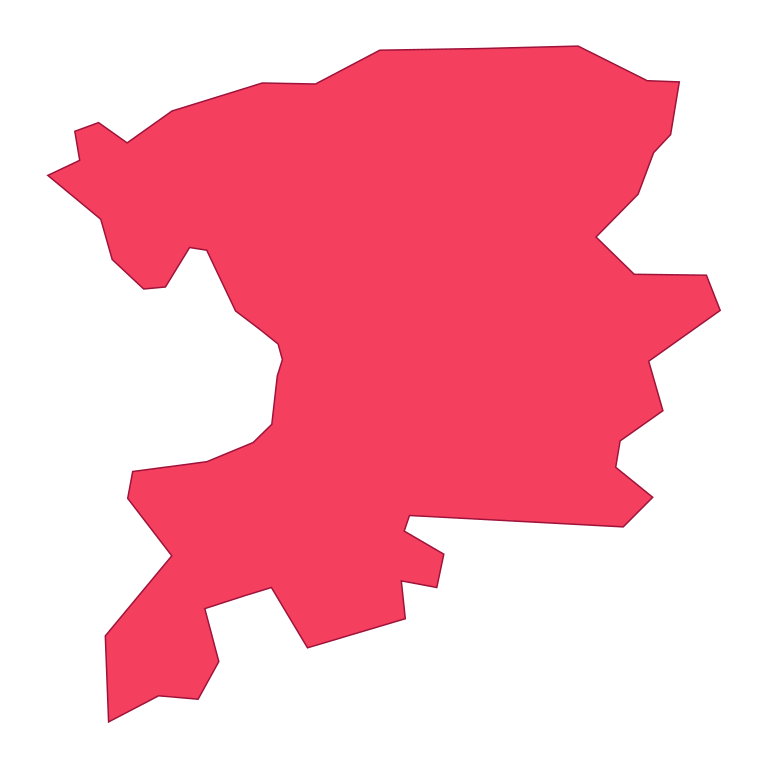 Andijan, Andijon, Uzbekistan
{"feature_id": "79887680B74226906580742", "entity_name": "Andijan", "entity_type": "district", "adm_level": 2, "iso_a3": "UZB", "parent_name": "Uzbekistan", "parent_adm1": "Andijon", "projection": "robinson", "projection_center": [72.393, 40.799], "detail": "fine", "context": "isolated", "style": "filled", "palette": "rose", "viewbox_px": 768, "rotation_deg": 0, "n_neighbors": 0, "source": "geoboundaries", "source_scale": "gbopen_adm2", "svg_char_len": 828}
<svg xmlns="http://www.w3.org/2000/svg" viewBox="0 0 768 768"><path d="M679.3,81.9L647.2,80.7L578.1,46.1L482.7,48.5L379.7,50.2L315.5,84.0L262.3,83.0L172.0,111.0L127.1,142.9L98.5,122.6L74.8,131.3L79.7,160.3L47.8,175.4L100.8,219.3L112.2,259.5L143.7,289.0L165.4,287.0L189.6,247.5L206.7,250.2L235.6,311.0L260.0,329.5L278.1,344.0L282.4,359.7L277.3,375.9L271.8,424.3L253.2,442.5L206.8,461.7L132.7,471.5L127.7,498.4L171.8,555.8L105.3,635.9L108.6,721.9L158.6,695.8L198.1,699.2L218.8,661.6L204.8,608.6L244.0,595.9L271.4,587.5L307.5,647.8L405.3,618.7L401.3,580.9L436.8,587.5L443.8,554.2L404.2,531.1L409.5,515.5L623.2,526.9L652.7,497.3L615.7,467.3L620.1,440.9L662.9,410.7L648.7,361.2L720.2,310.4L706.4,275.2L634.2,274.3L596.0,237.0L638.1,194.2L653.6,152.7L670.6,134.6L679.3,81.9Z" fill="#f43f5e" stroke="#9f1239" stroke-width="1.5"/></svg>